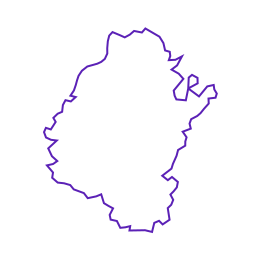 São José das Missões, Rio Grande do Sul, Brazil (Natural Earth projection), rotated 279°
{"feature_id": "56859067B20721155382431", "entity_name": "São José das Missões", "entity_type": "district", "adm_level": 2, "iso_a3": "BRA", "parent_name": "Brazil", "parent_adm1": "Rio Grande do Sul", "projection": "natural_earth1", "projection_center": [-53.127, -27.796], "detail": "fine", "context": "isolated", "style": "outline", "palette": "violet", "viewbox_px": 256, "rotation_deg": 279, "n_neighbors": 0, "source": "geoboundaries", "source_scale": "gbopen_adm2", "svg_char_len": 1556}
<svg xmlns="http://www.w3.org/2000/svg" viewBox="0 0 256 256"><g transform="rotate(279 128 128)"><path d="M150.9,66.1L150.4,71.5L145.3,67.4L145.7,61.9L140.5,60.1L133.7,60.4L131.1,56.3L126.3,52.7L122.7,55.6L114.5,52.0L115.3,46.9L110.8,45.7L105.8,48.5L104.3,53.8L104.5,59.6L95.4,52.4L88.2,57.3L84.3,63.3L80.7,59.6L78.4,53.8L72.3,60.9L67.0,60.9L63.1,67.1L63.4,73.5L62.6,79.9L58.9,84.0L56.8,94.6L52.4,99.2L55.5,107.3L58.3,111.9L50.0,116.0L48.0,120.9L46.3,125.8L39.3,123.5L34.8,125.2L34.4,131.6L28.2,136.0L29.5,140.9L31.4,145.5L27.0,145.5L29.7,160.8L29.1,168.0L38.4,168.8L41.2,173.2L38.2,177.3L43.9,183.4L55.1,179.8L58.9,182.7L64.1,183.9L68.9,180.3L72.5,182.9L77.0,185.5L82.5,185.7L86.5,179.1L82.7,175.5L86.2,169.3L94.7,177.3L99.6,178.0L108.1,180.3L114.1,180.9L119.5,187.3L123.7,186.7L128.0,187.3L132.9,182.6L137.2,190.1L142.0,188.1L146.6,189.0L150.7,194.5L154.0,197.3L158.9,200.1L164.8,203.9L169.7,202.9L171.6,209.7L175.9,210.3L179.6,207.2L183.9,205.9L181.5,199.8L170.3,193.2L176.5,181.3L164.4,180.8L163.8,171.3L167.2,169.0L172.1,167.3L185.2,175.0L189.6,169.6L192.5,161.9L197.5,166.7L207.2,170.1L202.8,164.2L201.4,157.7L205.7,158.5L209.8,157.3L210.4,152.5L217.4,149.7L223.1,144.8L229.0,129.6L224.5,126.8L224.8,118.8L220.5,115.2L217.0,110.6L218.4,105.5L220.3,97.7L216.3,95.0L210.6,94.5L203.6,95.0L198.3,95.9L192.6,94.3L189.1,91.2L186.7,87.6L184.8,83.5L182.4,78.2L177.3,73.5L171.8,71.0L167.0,70.2L162.3,69.7L156.6,68.7L150.9,66.1ZM176.5,181.3L183.0,189.8L188.4,188.8L190.5,182.9L187.3,180.1L176.5,181.3Z" fill="none" stroke="#5b21b6" stroke-width="2"/></g></svg>